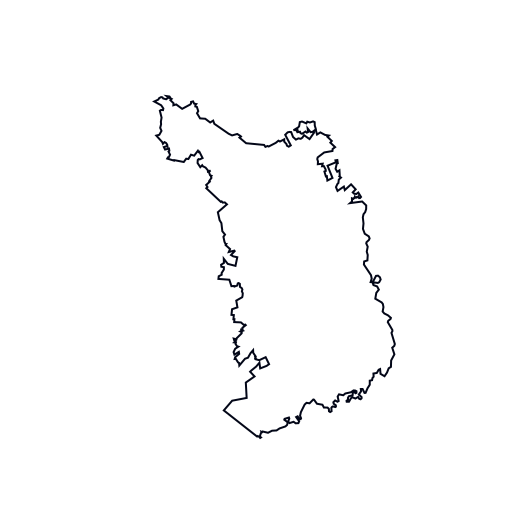 Ocosingo, Chiapas, Mexico, rotated 38°
{"feature_id": "50627088B67639994326823", "entity_name": "Ocosingo", "entity_type": "district", "adm_level": 2, "iso_a3": "MEX", "parent_name": "Mexico", "parent_adm1": "Chiapas", "projection": "natural_earth1", "projection_center": [-91.381, 16.657], "detail": "fine", "context": "isolated", "style": "outline", "palette": "ink", "viewbox_px": 512, "rotation_deg": 38, "n_neighbors": 0, "source": "geoboundaries", "source_scale": "gbopen_adm2", "svg_char_len": 6141}
<svg xmlns="http://www.w3.org/2000/svg" viewBox="0 0 512 512"><g transform="rotate(38 256 256)"><path d="M325.7,397.5L368.0,397.6L368.2,396.8L369.8,396.5L371.3,396.8L371.6,395.9L370.1,395.9L368.9,392.5L369.1,391.6L368.5,391.2L369.3,391.0L369.3,390.2L374.3,387.9L376.2,383.8L379.6,380.8L380.7,377.4L384.1,372.2L384.5,370.0L383.7,368.1L382.6,367.5L379.1,367.6L378.8,366.7L381.4,363.0L382.4,363.7L383.2,366.6L385.3,367.0L387.7,363.5L390.3,363.4L392.3,361.6L391.8,359.7L386.8,358.2L387.5,356.7L390.8,357.8L391.6,357.1L391.4,356.1L389.1,354.8L387.5,351.4L385.8,343.1L386.2,340.6L388.9,339.1L389.5,333.8L390.2,333.5L395.0,334.9L399.9,332.3L402.8,333.6L405.7,331.4L407.5,331.6L409.1,333.4L410.5,333.3L411.1,331.8L408.9,329.3L408.8,328.2L409.2,327.2L411.5,326.2L411.7,325.5L410.8,324.5L408.2,324.6L407.0,323.6L407.3,321.1L409.9,320.7L410.4,319.4L406.9,316.5L406.6,313.9L410.5,312.0L411.0,309.4L414.7,304.9L415.6,301.9L416.8,301.0L418.4,300.7L419.4,302.0L418.9,302.9L417.3,302.7L416.7,303.2L416.7,304.5L417.9,306.3L415.5,309.4L415.8,311.2L416.9,312.5L416.5,314.4L417.2,315.0L419.0,313.6L418.4,309.7L418.9,308.0L422.1,307.1L423.2,304.2L425.3,305.0L426.6,304.5L426.8,303.2L426.1,302.2L422.3,301.8L422.1,297.9L420.5,296.3L421.9,295.2L425.8,297.1L426.6,296.4L425.3,291.5L424.9,287.4L422.4,284.2L423.9,282.4L422.9,280.4L423.0,278.7L420.9,276.3L423.2,273.8L422.7,270.1L423.4,268.7L426.7,272.2L431.3,271.6L431.0,267.2L429.7,262.8L430.6,260.3L426.8,255.1L425.6,248.3L419.8,244.4L420.3,241.7L419.6,239.9L410.1,233.2L409.7,231.1L408.9,230.3L400.6,227.0L400.1,225.7L400.8,222.8L400.4,221.7L396.5,221.5L392.5,222.3L390.0,221.8L387.9,217.8L385.5,215.7L383.6,215.2L376.3,216.2L373.5,211.0L373.5,206.9L370.2,205.4L366.5,206.6L365.2,205.8L365.6,204.0L368.6,202.2L369.2,200.8L368.7,197.8L366.8,196.5L364.2,196.4L362.8,197.8L363.9,203.6L363.5,205.3L362.4,206.0L361.1,202.6L358.4,200.3L346.3,196.3L344.6,193.7L346.5,190.9L343.4,186.4L340.6,184.4L338.3,179.9L335.1,178.2L334.6,177.0L335.1,173.9L334.7,172.2L332.8,171.1L328.0,171.5L323.6,168.8L320.7,164.2L316.4,159.8L315.0,156.9L315.0,154.2L313.9,151.2L311.7,148.3L306.1,147.7L297.6,156.4L298.1,153.9L296.1,151.5L297.6,151.0L297.4,150.3L297.9,149.7L297.4,148.4L298.4,148.8L299.1,148.3L299.1,147.5L300.4,146.9L300.2,146.3L301.6,146.9L302.3,146.3L302.4,144.8L297.5,143.0L296.9,145.4L294.8,146.5L293.1,146.3L293.5,142.1L286.8,141.0L285.4,149.4L282.5,147.2L280.2,154.5L276.6,152.5L275.8,149.0L276.0,147.8L274.2,144.8L274.7,141.9L272.6,141.9L272.6,141.2L269.0,137.1L268.1,139.6L265.0,138.3L262.7,133.3L263.3,132.5L261.0,130.3L259.7,131.7L261.3,132.9L256.8,140.8L268.2,147.4L265.8,152.6L262.7,149.5L262.1,150.3L257.9,147.3L258.6,146.0L257.5,144.9L254.1,143.4L252.8,144.6L251.7,142.2L248.2,145.6L246.6,143.3L244.6,141.9L243.9,140.3L246.0,132.4L251.6,126.2L250.5,124.5L251.3,121.5L244.8,120.9L244.9,118.7L238.9,118.1L239.3,116.2L235.8,118.1L230.6,119.0L229.3,122.7L226.0,120.2L224.7,121.2L225.2,119.3L222.0,117.0L219.8,114.4L218.1,114.8L216.3,117.6L213.7,118.6L214.0,120.5L209.5,121.7L208.1,123.5L210.1,127.2L210.1,128.6L208.1,133.8L209.9,132.0L211.7,132.7L211.5,131.4L212.9,132.4L214.2,131.0L215.5,131.8L217.0,131.4L218.4,127.4L220.1,127.5L220.7,126.2L218.2,123.7L222.8,124.8L225.0,122.4L225.8,123.1L226.2,130.9L219.5,131.2L219.7,134.2L219.1,136.1L217.0,137.2L215.8,139.7L211.9,139.4L207.4,136.7L206.0,137.6L204.8,139.1L204.4,142.5L215.3,147.4L214.5,149.7L212.5,150.0L211.0,149.0L207.8,148.5L206.4,146.7L204.4,151.0L202.7,151.3L201.9,154.7L198.6,161.9L197.4,162.2L196.2,164.2L194.0,163.5L178.8,173.2L170.1,172.9L170.6,171.1L169.8,171.0L166.1,171.4L162.9,175.7L159.2,176.5L141.8,177.5L138.9,175.7L137.7,179.0L131.5,179.1L127.2,182.0L121.6,179.8L121.3,177.4L117.6,174.9L116.1,175.5L115.2,174.2L115.3,173.1L113.4,174.0L111.2,172.9L110.0,174.6L110.9,175.7L110.9,177.1L107.2,185.5L99.8,185.7L98.1,188.1L97.0,186.4L92.6,185.9L92.8,184.2L90.7,184.7L90.7,183.9L89.6,183.6L87.2,185.0L89.5,185.1L88.7,187.8L85.9,189.0L84.6,188.6L83.4,189.2L82.5,191.2L82.7,192.9L80.7,196.9L88.5,195.6L92.2,196.8L92.9,198.3L91.3,199.3L90.8,200.7L96.4,205.1L98.4,208.8L100.1,210.6L101.6,214.0L104.5,215.6L105.2,220.0L103.3,222.5L112.1,224.0L113.6,224.9L113.8,222.6L115.5,222.3L117.4,222.9L119.0,224.4L117.8,224.7L116.3,226.9L118.8,228.1L121.3,224.9L122.9,226.4L122.7,227.5L125.9,229.1L126.6,232.4L125.9,232.6L126.1,233.9L132.7,231.3L132.5,230.8L141.2,226.4L141.1,222.3L143.0,221.2L142.4,216.2L145.5,215.0L145.4,208.8L146.9,209.4L147.2,208.7L153.6,211.7L152.2,214.5L151.1,215.0L151.0,216.2L152.7,218.7L157.4,220.3L157.7,217.6L158.9,218.0L161.8,217.4L165.2,218.1L166.2,219.1L167.5,216.6L167.1,218.8L170.0,220.6L171.6,220.2L171.6,221.2L172.8,221.9L173.0,225.8L173.8,225.9L173.0,230.7L175.3,231.5L175.1,233.2L194.9,235.0L195.3,234.1L196.9,234.4L198.4,233.0L201.3,233.2L199.0,245.0L205.3,250.2L208.5,251.4L214.2,257.2L218.4,258.2L218.5,260.9L222.4,264.2L224.8,265.4L225.2,265.0L225.4,266.1L231.3,266.5L232.1,269.6L235.6,265.1L236.2,265.3L235.7,270.6L238.3,270.3L242.0,268.5L245.9,276.4L238.6,279.6L232.3,278.0L235.0,281.2L233.9,284.4L235.3,285.8L237.6,284.6L239.0,286.5L239.4,290.6L240.5,291.9L239.1,294.9L240.5,297.2L249.6,291.1L255.2,294.9L257.2,293.1L257.8,293.4L259.4,290.8L258.5,288.8L259.0,288.0L260.4,287.9L262.4,290.2L264.6,290.1L265.9,290.8L266.6,292.5L268.5,293.5L269.9,295.6L270.5,297.0L267.9,303.3L273.0,307.9L269.9,312.7L272.9,317.5L274.9,316.2L277.1,319.7L277.9,319.1L279.5,321.5L285.0,317.6L289.2,317.8L289.7,316.7L290.5,316.8L289.5,320.9L290.6,322.1L288.9,323.3L291.6,323.0L290.2,325.1L291.7,324.9L292.3,325.8L291.4,332.6L291.9,333.7L289.3,334.8L291.1,336.1L291.5,335.9L291.3,334.6L291.9,334.7L292.7,335.9L292.3,337.3L293.5,336.6L294.0,337.9L296.6,338.8L297.9,338.3L296.7,341.9L297.5,345.5L299.7,347.0L301.5,342.1L303.0,343.5L301.9,348.6L302.6,350.3L303.5,349.5L307.4,350.9L308.5,350.7L310.3,352.6L310.6,343.7L312.3,341.1L311.5,335.9L311.7,332.0L313.4,334.0L317.4,335.3L317.2,335.8L318.5,336.5L318.3,337.2L319.0,337.7L322.7,336.1L325.9,329.8L332.9,333.2L332.0,336.1L328.5,342.0L324.4,338.0L324.2,343.0L322.8,349.2L322.6,350.8L329.0,351.8L325.9,362.0L336.0,373.6L326.3,384.7L325.7,397.5Z" fill="none" stroke="#020617" stroke-width="2"/></g></svg>